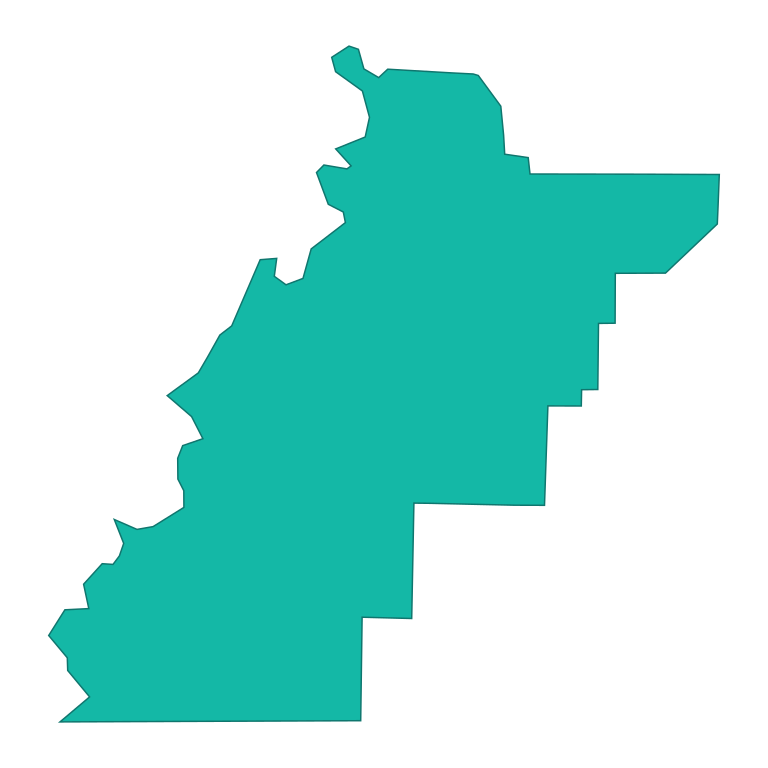 outline of Talladega, Alabama, United States of America
{"feature_id": "52423323B97110600833834", "entity_name": "Talladega", "entity_type": "district", "adm_level": 2, "iso_a3": "USA", "parent_name": "United States of America", "parent_adm1": "Alabama", "projection": "orthographic", "projection_center": [-86.194, 33.401], "detail": "fine", "context": "isolated", "style": "filled", "palette": "teal", "viewbox_px": 768, "rotation_deg": 0, "n_neighbors": 0, "source": "geoboundaries", "source_scale": "gbopen_adm2", "svg_char_len": 1061}
<svg xmlns="http://www.w3.org/2000/svg" viewBox="0 0 768 768"><path d="M665.5,273.1L717.3,224.0L718.0,207.7L719.3,174.5L642.8,174.2L530.0,174.0L528.2,157.6L504.7,154.2L503.6,135.0L500.8,106.2L478.3,75.5L473.3,74.0L450.0,72.8L387.7,69.2L378.7,77.6L363.9,68.9L358.4,49.3L349.0,46.1L331.7,57.3L335.6,71.7L362.4,91.0L369.5,117.3L365.2,137.0L335.7,148.9L351.1,165.9L346.9,168.9L323.9,165.0L316.5,172.5L328.3,204.3L343.3,212.0L345.4,222.6L311.2,248.9L303.0,278.4L286.0,284.8L274.3,276.3L276.7,258.4L260.2,259.7L231.7,325.9L219.9,335.0L207.6,357.0L198.3,372.9L167.2,395.6L191.6,416.6L202.9,438.7L182.7,445.6L177.7,458.3L177.9,479.1L183.8,490.7L183.9,507.4L153.1,526.6L137.0,529.4L114.3,519.5L123.7,543.4L119.4,555.9L113.0,564.4L102.2,563.7L83.6,584.2L88.8,608.6L64.9,609.8L48.7,635.5L67.3,657.8L67.7,670.5L89.6,696.9L60.0,721.9L360.7,720.7L362.1,617.2L411.7,618.5L413.9,503.1L430.3,503.3L514.9,505.2L544.5,505.3L547.9,405.9L581.3,406.0L581.6,389.7L597.8,389.5L598.5,323.4L615.1,323.2L615.3,273.3L665.5,273.1Z" fill="#14b8a6" stroke="#0f766e" stroke-width="1.5"/></svg>